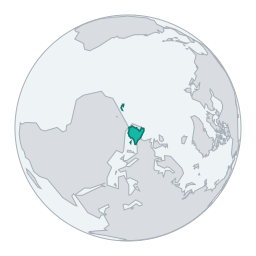 Spain on an orthographic globe, rotated 113°
{"feature_id": "ESP", "entity_name": "Spain", "entity_type": "country or territory", "adm_level": 0, "iso_a3": "ESP", "parent_name": "Europe", "parent_adm1": "", "projection": "orthographic", "projection_center": [-5.186, 35.705], "detail": "coarse", "context": "on_globe", "style": "filled", "palette": "teal", "viewbox_px": 256, "rotation_deg": 113, "n_neighbors": 0, "source": "natural_earth", "source_scale": "50m", "svg_char_len": 9708}
<svg xmlns="http://www.w3.org/2000/svg" viewBox="0 0 256 256"><g transform="rotate(113 128 128)"><circle cx="128" cy="128" r="113" fill="#eef3f6" stroke="#a8b0b8"/><path d="M38.5,196.4L31.9,185.1L29.6,180.5L25.1,172.0L19.3,153.5L19.5,149.7L18.8,145.9L21.2,142.2L21.4,133.8L20.8,131.3L19.7,132.6L18.6,122.9L19.4,115.5L22.2,90.3L23.8,85.7L26.0,81.2L37.8,61.1L27.6,77.1L30.2,72.3L34.2,65.7L34.4,65.5L40.5,57.4L44.3,52.8L53.0,44.4L62.6,38.2L59.9,40.4L62.5,39.0L66.1,36.3L67.8,34.9L81.7,28.5L94.2,22.9L96.2,21.4L97.3,21.8L99.6,19.3L105.1,17.8L100.1,19.5L100.6,19.7L104.9,18.5L106.3,18.5L109.2,17.9L110.4,18.2L107.4,19.5L108.2,19.7L111.2,18.9L114.4,18.8L109.8,20.0L114.9,20.0L110.8,22.9L97.5,27.0L96.4,29.8L85.9,37.6L88.0,37.4L85.4,40.7L86.9,41.8L84.5,43.2L87.8,43.0L89.7,41.5L91.7,41.0L92.8,41.6L89.9,43.4L89.0,43.3L88.7,44.2L86.8,44.9L88.3,44.9L84.8,47.2L89.8,45.9L88.2,48.6L85.5,49.8L83.8,48.4L73.2,48.6L69.9,49.9L66.9,53.0L65.3,61.3L62.4,63.6L59.9,67.6L62.4,66.8L65.2,63.4L69.1,63.3L72.1,59.5L74.2,59.0L78.0,56.0L79.5,58.0L78.8,61.7L75.7,64.4L75.4,66.3L80.0,65.1L75.9,71.9L76.0,79.7L74.7,81.4L69.1,81.9L64.8,77.9L57.6,79.7L64.4,80.3L61.0,85.2L61.3,86.8L62.7,87.7L64.8,86.6L64.1,88.8L57.2,88.7L57.7,86.7L59.9,86.6L57.9,85.0L53.2,85.5L51.8,88.2L46.1,86.9L45.1,88.9L43.3,89.9L45.3,86.7L41.6,92.6L34.7,93.7L29.5,104.2L32.3,93.7L32.0,90.4L31.1,87.6L30.1,89.2L30.2,84.0L28.1,83.7L24.0,90.2L21.4,97.7L21.6,102.5L23.2,100.5L24.3,103.1L20.3,109.9L21.6,116.9L19.6,123.1L19.6,128.3L21.0,130.2L22.3,134.7L24.3,132.8L27.1,133.8L26.0,139.5L28.4,136.1L29.3,140.6L35.5,146.5L34.7,147.3L39.8,158.8L47.0,166.7L48.7,171.9L47.6,173.7L50.6,176.1L50.6,177.7L63.8,186.5L71.9,193.4L72.5,198.6L67.5,202.1L66.9,211.7L59.0,210.5L59.7,213.6L58.3,215.5L53.1,211.7L57.4,215.6L56.9,215.3L56.2,214.8L49.9,209.2L44.0,203.0L38.5,196.4ZM27.7,107.3L29.4,118.4L26.9,115.5L27.7,115.2L27.6,111.7L26.9,106.8L25.1,104.7L27.7,107.3ZM31.9,104.6L31.4,103.2L32.1,104.2L31.9,104.6ZM68.4,34.4L66.0,36.3L62.3,38.8L64.1,37.2L68.4,34.4ZM75.7,30.2L75.0,30.9L72.1,32.1L73.4,31.3L75.7,30.2ZM97.2,20.4L95.1,21.2L96.7,20.5L97.2,20.4ZM109.4,17.8L109.5,17.7L111.0,17.5L109.4,17.8ZM76.9,55.1L77.4,55.5L76.4,55.9L76.9,55.1ZM78.1,53.5L76.6,53.6L76.9,52.8L77.8,52.8L78.1,53.5ZM114.2,17.8L116.4,17.7L113.6,18.0L114.2,17.8ZM79.9,53.6L77.7,51.5L78.3,50.2L82.3,49.0L79.9,53.6ZM117.4,17.8L122.8,17.9L123.7,17.4L124.3,19.1L119.5,18.3L115.9,18.6L117.7,18.1L117.4,17.8ZM89.8,40.8L87.8,42.4L88.5,40.5L89.8,40.8ZM89.7,39.8L88.8,35.4L92.3,33.6L91.9,35.3L95.5,32.7L97.6,33.9L96.1,35.6L93.4,36.5L96.3,36.4L89.7,39.8ZM123.8,20.2L124.7,20.5L123.2,20.5L123.8,20.2ZM92.6,40.6L92.1,39.8L95.0,38.1L96.5,39.5L95.1,39.6L92.6,40.6ZM95.4,31.5L97.9,30.6L100.3,31.3L101.5,31.1L98.0,33.8L95.4,31.5ZM95.0,40.3L97.2,40.2L96.8,41.6L93.2,41.3L95.0,40.3ZM95.1,37.2L96.6,36.5L96.3,37.3L95.1,37.2ZM96.5,46.9L95.9,45.8L97.4,44.8L96.5,46.9ZM98.1,40.1L98.2,39.7L98.7,39.2L100.1,39.5L98.1,40.1ZM99.9,34.2L100.4,34.8L101.5,33.1L103.3,33.8L100.6,35.5L102.5,35.0L103.1,35.2L100.2,36.4L99.9,34.2ZM103.0,38.4L100.2,41.1L101.0,43.3L99.7,44.2L98.6,40.5L103.0,38.4ZM101.6,37.1L102.2,38.1L100.3,38.6L98.7,38.3L101.6,37.1ZM105.5,33.6L103.4,32.2L104.1,31.9L105.5,33.6ZM103.6,38.9L104.3,38.3L103.9,39.0L103.6,38.9ZM105.3,35.1L104.5,34.6L105.3,34.2L105.3,35.1ZM106.3,37.5L105.4,38.3L104.3,38.1L106.3,37.5ZM106.2,36.3L107.4,35.9L104.5,37.5L105.7,36.1L106.2,36.3ZM106.2,34.8L106.4,34.5L106.4,35.1L106.2,34.8ZM110.9,38.1L107.4,40.1L105.1,39.5L108.8,37.6L110.9,38.1ZM149.3,17.4L148.0,17.4L137.3,17.0L142.0,17.1L142.2,17.5L144.7,17.8L148.0,18.0L147.5,17.8L159.2,21.1L169.5,24.1L165.7,22.3L166.0,22.1L171.3,24.0L180.6,28.4L189.5,33.6L197.9,39.6L196.1,38.3L201.0,42.3L201.8,42.9L207.7,48.4L213.1,54.2L218.1,60.4L222.6,66.9L226.7,73.8L230.3,80.9L233.4,88.2L233.3,87.9L234.8,92.4L233.5,89.1L231.2,85.6L232.7,92.2L236.0,107.9L238.4,117.1L238.7,123.6L234.2,115.2L230.5,107.6L230.0,110.6L224.5,107.5L218.1,115.5L216.2,114.0L215.2,116.7L211.2,117.1L208.1,114.4L206.1,116.4L214.3,123.5L216.3,121.3L216.7,115.4L218.7,118.6L222.4,119.0L221.6,131.9L210.5,150.4L207.9,143.9L191.7,129.5L191.3,127.0L191.2,126.7L190.9,126.3L190.9,130.7L187.6,127.6L198.0,139.0L200.3,144.6L210.4,150.9L209.8,152.5L212.6,153.2L219.7,144.6L220.0,147.0L217.6,160.8L206.5,182.3L207.1,190.2L204.9,197.8L196.1,206.4L195.0,210.9L190.1,214.5L188.6,217.2L183.6,221.3L176.1,225.8L165.3,229.2L166.1,227.4L163.0,224.5L159.2,214.5L163.5,207.9L163.2,203.3L155.2,193.6L157.1,186.5L154.6,184.0L149.6,185.5L146.5,182.5L143.3,182.8L122.5,186.5L115.3,181.9L104.5,166.8L107.6,160.9L106.6,153.6L126.8,127.9L132.8,129.0L150.7,123.1L153.3,123.5L153.1,129.8L168.0,133.7L170.6,127.7L182.2,127.8L188.7,124.8L187.7,113.0L177.0,117.7L173.3,113.2L180.3,104.9L189.4,101.1L188.2,99.2L180.9,97.5L181.4,92.7L178.2,96.6L180.7,97.9L178.8,100.5L176.4,99.6L176.6,97.8L173.4,98.1L173.0,106.8L175.5,109.0L168.1,113.3L171.5,117.5L170.1,120.6L163.8,114.5L163.2,111.7L152.7,106.1L152.7,109.3L162.6,115.0L160.2,115.0L160.2,120.0L158.3,116.3L147.6,109.6L139.9,113.1L132.8,126.0L127.7,127.5L122.2,125.6L122.0,113.5L133.4,111.6L133.4,107.7L128.8,102.7L132.6,102.7L132.1,100.5L136.2,99.7L139.6,93.8L143.4,92.5L142.5,85.9L144.3,84.4L144.3,88.7L146.4,91.1L155.5,88.3L156.6,86.5L155.3,82.5L158.0,82.5L155.6,79.0L159.7,75.9L152.6,77.0L150.8,72.8L152.1,68.8L150.3,67.8L148.2,74.4L148.5,76.9L150.8,78.7L150.6,86.3L147.9,88.3L143.3,81.4L139.1,83.6L137.4,77.7L144.0,62.8L148.0,59.1L159.2,61.0L159.6,63.8L155.7,64.5L161.3,67.4L159.9,65.4L162.1,65.5L161.0,61.9L162.6,61.8L158.9,58.7L160.6,58.2L162.9,60.2L162.8,54.9L165.8,53.3L165.1,52.2L163.4,51.4L168.3,50.0L167.6,49.3L165.6,49.4L162.8,48.1L159.8,45.4L161.6,45.1L163.0,46.0L168.7,47.6L172.0,50.4L172.4,50.0L170.0,47.6L163.1,45.5L160.7,44.0L164.0,44.6L162.6,44.2L162.0,43.4L163.2,42.3L159.6,41.6L150.6,33.9L152.0,31.4L155.9,32.5L151.6,27.8L153.5,25.9L151.7,26.0L148.5,24.2L147.8,24.7L146.7,24.6L138.1,20.9L137.5,19.9L131.7,19.0L130.8,19.1L130.9,19.7L124.3,19.1L123.7,17.4L125.8,17.2L124.0,16.5L129.1,16.3L132.4,16.0L139.1,16.5L141.1,16.5L140.2,16.3L142.3,16.3L145.3,16.7L149.3,17.4ZM122.0,141.4L121.9,143.6L122.0,141.4ZM200.6,102.6L205.0,99.6L200.3,94.4L201.6,92.9L199.5,91.8L199.9,94.1L194.5,90.8L195.4,87.4L193.5,84.9L191.9,85.9L191.1,92.7L198.9,97.3L199.0,100.7L200.6,102.6ZM35.7,146.6L36.3,148.4L35.2,147.4L35.7,146.6ZM25.8,117.2L26.5,118.7L26.6,120.3L25.9,119.5L25.8,117.2ZM33.8,128.3L35.0,130.2L33.4,129.2L33.8,128.3ZM29.8,120.0L32.8,127.0L29.8,125.6L28.0,121.3L29.7,122.9L29.8,120.0ZM29.9,107.2L30.2,108.5L29.6,109.2L29.9,107.2ZM32.3,105.4L32.1,105.2L32.3,103.9L32.3,105.4ZM61.4,85.2L62.0,85.2L63.0,86.5L61.8,86.7L61.4,85.2ZM72.0,88.3L70.7,91.7L70.8,89.3L68.8,90.0L66.7,85.9L73.9,82.1L71.0,84.5L72.0,88.3ZM65.9,79.8L66.4,82.5L65.6,79.7L65.9,79.8ZM125.3,90.5L127.5,91.6L127.0,94.2L122.2,96.6L122.8,92.7L125.3,90.5ZM130.6,92.6L127.4,85.6L130.2,84.1L129.2,86.1L131.4,85.8L130.3,89.0L136.2,94.7L136.1,97.5L127.3,99.9L130.2,97.5L127.9,96.4L130.6,92.6ZM114.1,72.7L112.7,70.3L120.7,70.1L121.1,72.4L116.3,74.7L113.1,73.3L114.1,72.7ZM87.4,52.1L86.4,51.7L87.1,51.2L88.7,51.1L87.4,52.1ZM96.1,46.5L92.7,53.5L91.4,53.4L91.0,58.1L87.3,59.5L87.7,56.4L84.5,61.2L83.4,58.9L81.7,62.3L82.8,55.1L81.7,53.5L84.4,54.7L87.8,53.4L89.0,52.3L91.3,48.2L90.5,44.3L93.8,42.6L96.3,42.5L97.0,43.1L94.6,44.0L97.3,44.3L94.4,46.0L96.1,46.5ZM124.2,45.3L121.1,45.3L125.9,47.5L123.1,48.7L123.8,48.9L122.5,50.7L122.2,53.3L120.6,53.6L121.2,54.5L120.3,55.8L120.5,57.2L117.8,58.3L117.9,60.1L116.5,59.6L117.4,62.6L115.5,60.9L114.2,62.7L116.7,63.3L101.4,67.3L96.4,70.6L93.3,74.5L90.5,71.5L91.7,66.2L95.2,60.5L100.3,57.8L98.2,57.1L100.0,55.7L101.0,56.9L100.6,54.3L102.4,53.5L105.4,49.2L103.8,46.3L104.8,44.8L106.3,45.6L106.3,43.6L110.0,44.0L110.8,43.0L115.2,42.6L117.6,44.9L118.4,43.6L121.8,43.4L124.2,45.3ZM112.1,38.0L115.7,40.1L115.9,41.9L108.2,41.9L106.9,42.8L102.0,43.1L101.8,40.6L103.2,40.7L104.6,40.2L104.1,41.2L105.5,40.1L107.5,40.2L109.1,39.5L109.8,40.3L112.1,38.0ZM155.0,120.8L156.8,120.6L159.3,119.7L159.3,122.9L155.0,120.8ZM147.6,116.4L149.1,115.6L150.4,119.5L148.6,119.8L147.6,116.4ZM148.7,112.1L149.0,115.3L147.8,113.8L148.7,112.1ZM145.6,87.9L146.9,87.0L147.5,87.9L147.3,89.4L145.6,87.9ZM137.8,52.8L136.0,52.3L136.1,51.8L133.5,49.4L135.3,48.4L137.7,49.5L137.8,52.8ZM186.5,115.7L185.3,118.7L184.0,118.1L184.7,117.2L186.5,115.7ZM172.2,121.4L176.0,121.5L172.2,122.2L172.2,121.4ZM139.4,51.4L138.1,50.5L139.8,50.6L139.4,51.4ZM136.6,47.6L138.5,47.5L135.3,48.0L136.6,47.6ZM217.7,187.8L208.8,203.0L205.3,205.6L206.1,202.8L210.4,194.4L214.9,189.4L217.6,184.5L217.7,187.8ZM238.6,117.7L239.7,121.3L239.7,123.6L238.6,117.7ZM153.7,43.6L155.3,47.8L157.7,50.6L161.1,51.6L157.0,52.2L153.3,47.9L153.7,43.6ZM150.8,35.1L147.9,34.5L148.6,33.8L149.4,33.8L150.8,35.1ZM149.4,35.4L146.8,36.6L144.8,35.7L147.3,34.9L149.4,35.4ZM143.2,43.6L143.6,44.8L142.1,44.7L143.2,43.6ZM167.9,22.7L164.8,21.8L162.9,21.2L164.7,21.5L167.9,22.7ZM125.5,20.2L124.8,20.5L124.7,20.1L125.5,20.2ZM146.5,24.9L144.9,24.8L144.9,24.2L146.5,24.9ZM140.7,24.1L141.8,24.8L139.8,24.2L140.7,24.1ZM144.6,26.6L141.9,25.2L145.6,26.3L144.6,26.6Z" fill="#d9dde1" stroke="#a8b0b8" stroke-width="1"/><path d="M132.8,112.8L135.4,114.1L140.1,114.3L140.3,115.2L136.8,117.7L135.4,120.3L136.2,121.8L135.2,122.7L134.9,124.1L133.5,124.6L132.8,125.8L129.3,126.0L127.3,127.4L126.1,126.2L126.4,125.6L124.5,125.1L125.2,121.4L124.4,120.2L125.3,119.9L125.4,117.6L126.5,116.6L125.9,115.7L122.6,115.7L122.9,115.0L122.3,113.2L124.4,112.2L132.8,112.8ZM139.4,120.0L141.0,119.6L140.5,120.4L139.4,120.0ZM109.2,140.9L108.2,141.9L107.9,141.2L109.2,140.9ZM113.1,141.0L112.2,142.3L111.9,142.1L113.1,141.0ZM110.4,141.9L110.3,142.5L109.7,142.3L109.9,141.8L110.4,141.9ZM113.8,140.5L113.1,140.7L113.8,140.1L113.8,140.5Z" fill="#14b8a6" stroke="#0f766e" stroke-width="1.5"/></g></svg>